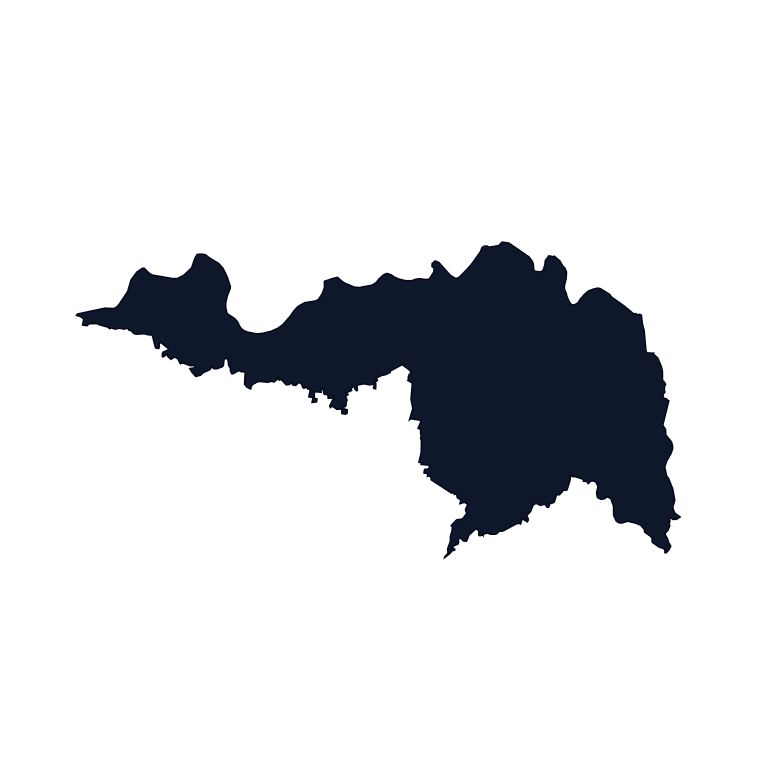 the district of Apazapan, Veracruz, Mexico, rotated 190°
{"feature_id": "50627088B67463100581546", "entity_name": "Apazapan", "entity_type": "district", "adm_level": 2, "iso_a3": "MEX", "parent_name": "Mexico", "parent_adm1": "Veracruz", "projection": "robinson", "projection_center": [-96.664, 19.343], "detail": "fine", "context": "isolated", "style": "filled", "palette": "ink", "viewbox_px": 768, "rotation_deg": 190, "n_neighbors": 0, "source": "geoboundaries", "source_scale": "gbopen_adm2", "svg_char_len": 6130}
<svg xmlns="http://www.w3.org/2000/svg" viewBox="0 0 768 768"><g transform="rotate(190 384 384)"><path d="M691.1,389.7L686.6,389.8L684.8,392.2L677.0,393.6L674.9,392.9L665.5,392.0L663.9,390.8L662.4,391.9L658.5,391.3L654.1,393.0L649.2,392.9L646.5,394.5L644.6,392.8L642.0,392.5L639.5,390.4L637.0,389.9L628.7,391.9L625.3,391.5L620.7,391.9L615.3,379.8L612.0,379.8L611.7,381.7L612.3,383.7L611.5,386.4L602.5,381.4L602.6,380.0L607.1,377.0L607.6,375.7L607.1,372.6L606.5,372.3L605.6,372.8L602.7,375.6L601.5,373.3L598.0,371.3L595.4,373.8L594.2,374.1L591.4,373.0L588.8,369.3L587.7,368.6L586.8,369.4L584.6,369.6L578.0,368.4L574.7,369.1L572.9,368.4L573.7,366.9L578.0,365.5L575.0,362.1L570.6,358.7L566.2,360.8L564.1,363.7L558.1,367.7L556.6,370.8L554.0,369.5L551.7,369.8L546.4,372.7L545.4,374.2L545.7,380.5L543.6,382.2L541.7,380.2L540.2,375.4L538.1,372.9L537.5,370.2L535.9,367.7L534.3,367.9L529.4,372.0L526.8,371.3L522.8,371.8L521.3,359.4L518.3,357.0L514.4,355.9L514.3,359.0L512.8,361.1L509.0,364.2L505.9,365.0L498.7,365.5L496.0,367.0L492.6,366.9L490.2,369.7L489.2,372.1L487.9,369.5L486.1,370.7L480.2,366.2L477.6,366.8L475.1,368.9L473.6,367.2L470.8,367.2L467.9,370.8L465.4,369.8L463.5,366.7L462.2,365.8L459.9,367.5L458.0,365.7L455.7,366.5L455.8,358.2L451.5,358.4L451.7,353.3L447.3,354.7L447.4,357.6L450.3,358.0L451.1,364.3L444.4,365.0L445.5,368.3L443.7,368.2L443.6,368.9L441.2,363.6L437.5,363.6L436.5,360.3L433.6,360.8L431.3,362.7L431.1,364.5L430.9,362.5L433.7,353.0L432.8,351.5L431.7,352.7L430.3,352.9L426.0,350.8L421.4,352.1L420.3,347.5L416.7,347.6L416.7,348.2L415.3,348.5L415.7,352.3L418.8,352.5L420.3,354.2L418.2,355.0L417.6,356.5L418.1,359.9L417.5,361.7L419.7,365.1L417.5,367.3L419.5,368.9L414.7,372.0L415.7,373.1L414.0,376.3L412.6,376.0L412.1,374.2L409.6,372.5L409.1,373.4L410.5,378.1L403.8,380.7L398.0,380.6L393.8,382.2L393.4,379.0L393.8,378.9L393.3,377.8L391.4,377.8L392.0,382.4L392.9,384.4L391.1,386.4L391.5,387.4L393.3,388.1L387.7,392.0L383.9,393.5L379.8,396.6L380.2,397.8L369.4,406.2L361.0,401.9L359.4,399.5L359.3,398.7L361.0,397.9L361.0,394.9L361.4,394.8L360.7,393.3L361.3,391.7L356.6,390.0L356.2,389.2L354.8,373.8L351.4,364.9L352.7,353.2L351.6,354.4L341.9,354.6L341.2,353.1L342.8,346.3L339.7,345.5L339.8,343.1L338.4,339.1L338.6,337.0L337.4,335.0L335.5,323.2L336.0,312.9L333.3,313.0L333.5,311.2L324.9,311.9L325.2,308.1L329.2,306.9L329.2,303.3L325.0,303.2L325.2,300.5L323.1,301.7L320.9,299.1L321.1,297.9L298.4,288.2L297.9,288.7L295.7,288.8L295.6,287.5L293.3,288.2L292.2,284.9L288.2,283.1L288.5,279.3L284.1,281.5L280.5,279.9L282.0,274.8L281.3,272.7L279.9,271.3L282.8,265.5L283.9,264.4L288.9,262.9L293.1,256.5L293.1,255.9L291.9,255.6L291.5,251.1L292.2,245.6L291.3,240.6L292.7,232.8L291.6,228.4L294.1,224.6L294.2,223.5L289.8,228.4L288.0,231.5L285.5,232.8L285.9,233.9L288.8,234.3L286.7,237.1L283.4,239.1L283.0,240.8L283.6,243.4L283.1,245.5L282.3,245.8L278.5,243.2L275.6,243.4L274.7,246.1L274.3,249.7L268.5,257.2L266.6,256.8L265.0,255.5L264.8,252.9L264.3,251.5L263.3,251.2L260.4,252.4L260.0,252.0L260.1,252.8L258.9,254.1L256.1,255.2L253.2,254.5L248.5,255.3L246.8,256.2L245.2,258.8L241.1,260.0L229.3,269.3L226.3,270.3L225.2,269.8L224.6,274.5L223.9,275.0L218.9,273.1L218.3,274.9L218.6,276.4L220.6,279.2L217.4,284.0L216.2,290.5L213.6,292.9L209.0,291.6L204.7,293.6L201.9,290.8L200.4,291.4L200.0,294.9L197.0,296.2L195.7,297.5L194.9,304.9L191.9,305.4L188.8,310.5L186.1,311.0L185.3,311.7L184.1,321.0L184.3,325.8L182.9,326.1L181.9,325.4L179.7,326.0L172.6,325.0L170.4,323.9L170.7,322.8L168.8,323.2L166.8,322.8L165.7,321.3L163.4,324.2L161.7,324.9L158.4,324.3L155.5,320.3L155.8,313.6L154.3,309.7L153.2,308.8L150.2,308.1L147.6,308.9L144.2,311.8L140.6,310.3L136.8,303.7L135.1,294.7L131.5,289.3L128.2,288.0L125.5,288.4L120.1,291.2L112.6,290.7L106.7,289.5L102.4,286.0L101.5,283.3L95.6,280.6L93.4,278.9L92.4,274.7L84.9,271.2L79.7,270.4L78.5,269.1L78.1,266.6L76.7,266.8L74.8,269.8L73.4,274.1L74.8,274.9L74.5,275.8L75.7,276.3L77.8,280.7L81.0,284.6L80.9,286.5L79.0,289.1L77.9,294.1L79.3,296.6L78.6,297.5L78.7,298.9L79.3,298.5L79.1,302.8L76.4,300.8L72.6,301.4L69.2,304.5L74.9,307.2L76.6,309.4L78.3,313.0L77.4,319.9L81.5,331.0L87.5,340.6L89.6,342.4L93.1,351.0L92.3,356.9L89.2,365.7L88.5,370.5L88.9,372.7L90.7,376.8L97.6,382.8L98.8,388.1L102.3,391.9L100.6,417.0L102.4,417.5L102.9,418.3L105.8,418.6L107.0,420.0L107.3,422.2L105.9,424.8L107.0,427.0L107.2,430.7L106.6,432.6L108.8,435.1L110.3,435.7L111.9,444.6L113.8,449.3L119.0,457.3L124.2,460.4L123.8,461.2L130.7,460.3L131.8,462.3L137.1,481.9L140.1,488.5L142.3,496.1L143.1,496.9L144.6,497.0L146.5,496.0L147.9,497.1L150.4,496.5L161.3,502.7L175.1,509.2L177.4,511.5L187.4,515.5L190.1,515.6L194.2,513.9L198.7,511.2L202.0,507.4L205.7,501.2L207.0,497.6L210.3,495.0L213.1,494.6L215.6,496.9L219.1,502.0L220.2,504.9L222.6,508.4L223.4,511.7L222.9,519.4L223.7,526.1L225.9,529.5L228.7,531.6L232.1,535.7L238.5,539.5L239.2,538.8L243.9,538.9L246.6,533.6L246.3,529.1L247.2,523.4L249.3,521.6L255.2,521.2L256.4,522.8L257.9,528.5L260.1,531.5L263.4,534.4L285.5,544.5L292.4,544.3L295.0,540.3L304.2,537.0L306.7,537.8L309.5,537.0L311.2,535.5L311.9,531.4L318.1,518.2L321.7,512.0L328.8,501.8L331.6,500.3L337.5,502.5L351.0,513.2L355.0,514.1L357.5,511.1L357.2,508.1L354.8,506.8L354.4,503.0L357.8,495.0L361.7,494.1L367.4,493.9L371.0,492.7L374.5,490.6L380.7,489.5L387.8,490.0L392.0,491.0L395.9,492.8L400.3,493.4L403.2,491.7L407.2,486.6L409.2,482.7L412.9,479.3L425.1,474.7L429.9,474.3L439.7,476.4L443.3,477.9L448.2,481.0L453.1,478.9L460.5,474.8L459.4,468.4L460.6,462.1L463.4,455.6L465.9,453.9L476.3,450.3L482.1,445.5L485.3,440.7L488.2,434.4L494.2,424.6L498.6,420.2L504.6,416.2L513.0,412.6L518.2,411.3L527.2,411.4L531.3,412.3L533.9,413.7L536.6,416.3L538.7,419.6L542.5,422.6L550.7,426.1L553.2,431.9L553.9,436.5L553.7,442.9L552.1,451.2L552.2,453.3L557.1,462.4L562.5,469.9L567.7,474.0L578.2,478.1L582.2,480.3L586.2,480.3L590.5,479.2L592.2,474.6L593.6,465.1L599.9,456.5L605.8,452.0L610.6,451.1L631.3,451.1L634.7,452.5L640.3,456.4L642.0,456.1L646.8,451.4L651.2,442.5L652.5,430.6L658.7,416.5L660.5,413.5L663.3,411.4L672.1,410.2L698.1,399.7L698.8,398.1L695.0,397.8L691.0,395.9L691.1,389.7Z" fill="#0f172a" stroke="#020617" stroke-width="1.5"/></g></svg>